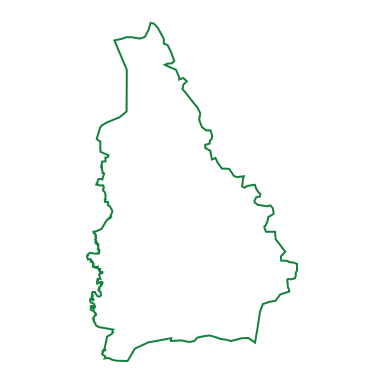 the district of Izzi, Ebonyi, Nigeria
{"feature_id": "59680162B3302114520233", "entity_name": "Izzi", "entity_type": "district", "adm_level": 2, "iso_a3": "NGA", "parent_name": "Nigeria", "parent_adm1": "Ebonyi", "projection": "mercator", "projection_center": [8.192, 6.539], "detail": "fine", "context": "isolated", "style": "outline", "palette": "green", "viewbox_px": 384, "rotation_deg": 0, "n_neighbors": 0, "source": "geoboundaries", "source_scale": "gbopen_adm2", "svg_char_len": 5814}
<svg xmlns="http://www.w3.org/2000/svg" viewBox="0 0 384 384"><path d="M255.0,342.6L257.8,326.5L259.9,312.1L262.8,304.1L269.5,301.8L275.4,300.8L280.3,294.4L289.4,291.5L288.8,289.1L287.9,287.2L287.6,282.9L287.2,280.1L287.8,279.1L291.3,279.3L294.9,278.3L295.8,275.6L295.8,272.7L297.0,270.6L297.0,263.9L294.0,262.7L288.8,262.1L287.6,260.9L281.2,260.6L280.9,256.5L283.2,253.9L285.3,251.8L280.0,244.8L275.6,239.2L275.1,231.8L266.0,231.8L264.2,227.1L266.0,224.8L267.5,221.0L268.3,217.1L273.6,213.9L273.3,210.7L272.7,208.0L270.4,205.4L266.9,206.3L257.8,204.8L254.6,202.4L254.6,200.4L256.4,197.1L259.9,196.6L260.4,193.9L258.1,191.9L256.1,188.6L254.9,184.8L252.0,185.1L247.3,186.0L244.4,187.7L242.0,186.3L242.6,183.0L242.9,179.2L243.8,176.3L237.1,177.1L233.9,176.0L229.5,169.2L226.3,168.6L221.9,168.6L217.5,162.4L215.5,158.0L212.0,159.5L210.2,150.7L205.2,148.0L205.2,144.8L209.6,143.6L209.9,140.7L211.7,138.9L212.3,136.0L210.5,130.4L206.1,130.4L202.0,127.2L199.1,119.8L200.3,113.3L197.4,107.5L192.6,101.7L185.7,92.8L182.5,89.2L183.3,84.8L186.8,81.3L183.3,78.0L179.2,79.5L179.2,77.2L176.0,69.8L171.1,67.8L164.9,64.8L167.8,63.6L172.0,63.3L174.3,61.0L171.1,52.2L167.6,45.1L163.8,43.6L163.8,38.9L157.9,28.0L153.8,23.6L150.6,23.0L148.6,29.8L144.8,36.9L140.1,38.6L131.3,37.2L126.4,37.2L121.4,38.9L114.4,40.4L126.8,69.8L126.6,111.5L119.4,117.3L107.2,122.3L101.7,125.5L100.1,127.7L96.7,138.9L97.9,140.0L100.5,141.8L100.2,143.4L100.4,145.5L100.1,147.2L100.5,150.1L100.4,151.1L100.5,151.8L108.5,155.4L108.1,156.9L106.1,157.7L105.4,157.6L105.5,159.2L105.4,160.8L105.6,161.2L105.1,161.5L102.2,161.5L101.7,164.8L101.7,165.7L101.2,165.8L101.2,167.3L102.0,167.4L101.8,169.8L102.2,170.3L102.7,171.6L102.5,173.0L103.4,173.1L104.1,173.4L102.3,179.5L100.6,179.0L98.4,179.2L97.3,182.3L97.4,183.2L97.2,183.5L96.5,183.8L96.3,184.7L97.8,184.9L98.4,184.8L98.9,185.1L99.6,185.4L100.0,185.3L101.3,185.6L102.7,185.3L103.2,185.4L103.6,186.4L103.8,188.1L103.5,188.4L103.4,188.7L103.1,188.9L103.1,189.6L103.0,189.9L103.2,190.3L103.3,190.8L104.6,191.7L105.0,192.5L105.4,194.6L105.7,195.5L105.4,196.5L105.5,198.7L105.1,199.5L105.5,199.7L105.3,200.4L104.8,200.3L105.0,201.9L108.2,202.1L107.8,205.2L109.5,206.0L110.2,207.0L112.0,210.0L112.3,211.9L110.6,215.8L110.8,216.3L110.7,216.8L111.1,217.1L110.5,217.6L109.3,217.7L109.5,218.5L108.7,218.7L106.9,220.0L103.7,225.2L102.1,228.2L101.6,228.7L99.9,229.7L97.5,230.8L95.0,231.5L93.4,231.8L93.3,232.0L93.8,232.6L94.3,232.4L94.5,232.9L94.2,233.3L94.4,233.8L94.9,233.7L95.4,234.8L95.7,234.8L96.0,235.9L95.9,237.3L95.4,237.2L95.4,237.6L95.6,238.1L95.9,238.1L96.1,238.6L95.6,238.8L95.6,239.4L95.1,239.7L95.3,240.0L95.7,240.2L95.8,240.6L96.2,240.8L95.9,241.4L95.5,241.5L95.5,241.8L95.8,241.7L95.7,242.2L96.0,242.1L96.0,242.3L95.6,242.5L95.7,242.9L96.1,243.1L96.6,242.9L96.7,243.1L96.3,243.3L96.4,243.7L97.2,243.1L97.6,243.8L97.8,243.7L98.4,244.6L98.3,245.0L97.8,245.4L97.9,245.6L98.2,245.5L98.4,247.0L97.8,249.1L99.2,249.6L99.3,250.5L98.9,250.4L98.9,251.0L98.5,251.9L99.2,252.7L99.0,253.5L94.8,253.7L90.4,252.8L89.5,253.0L88.6,254.0L87.7,254.5L87.9,255.3L87.3,255.4L87.0,257.6L88.0,258.6L88.1,259.5L90.5,259.1L91.2,260.1L90.7,261.1L90.8,261.9L90.9,262.0L91.2,261.9L91.6,261.0L91.8,261.0L92.3,261.9L92.8,262.1L93.0,263.0L92.8,263.5L92.9,263.8L93.5,263.8L93.7,264.0L93.3,264.5L92.7,266.5L92.8,266.8L93.0,266.8L93.5,266.3L93.8,266.4L93.9,266.8L94.9,266.6L95.0,266.7L94.9,267.4L95.0,267.7L95.6,267.6L96.0,267.0L96.4,266.8L97.1,266.9L97.5,266.7L97.9,266.8L97.8,267.2L97.4,267.6L96.9,267.6L96.8,267.8L97.0,268.1L98.3,269.0L99.4,269.1L100.1,269.0L100.0,270.2L99.3,270.9L100.0,271.5L100.3,271.6L100.5,272.1L100.9,272.5L102.2,271.8L102.5,272.3L102.3,273.2L102.0,273.3L101.2,273.2L100.2,273.5L99.6,273.5L99.4,274.0L99.4,274.7L99.1,275.0L100.4,278.9L98.0,278.8L97.5,279.0L97.5,279.3L98.1,280.3L97.9,280.6L97.2,280.9L97.0,281.5L97.1,283.2L96.9,283.4L97.1,283.7L97.9,283.7L98.5,282.7L98.7,282.8L101.0,282.0L101.7,281.9L102.2,282.0L102.6,282.6L102.4,282.9L102.0,282.9L101.7,282.7L101.3,282.7L100.7,283.1L100.7,283.4L101.1,283.7L101.7,283.6L102.0,283.8L102.0,284.2L101.1,284.5L100.9,284.9L101.3,285.6L100.7,286.4L99.5,286.6L99.1,287.8L99.2,288.0L99.5,288.3L99.6,288.6L99.2,289.2L98.4,289.4L98.3,289.9L98.4,290.1L98.9,290.5L99.2,291.0L99.4,291.2L100.0,291.2L100.2,291.4L100.8,293.0L101.0,295.1L100.2,296.3L99.2,296.6L98.2,296.4L96.9,295.7L95.9,293.9L95.3,293.4L95.1,292.9L95.1,292.1L94.7,292.0L92.9,292.0L92.3,292.5L92.0,293.0L92.0,293.8L92.4,294.7L92.8,295.2L92.8,295.9L92.5,296.0L91.9,296.0L91.9,296.6L92.2,296.8L92.7,298.4L93.6,299.6L92.9,300.3L92.5,300.2L91.6,298.7L91.2,298.4L90.8,298.5L90.4,298.7L90.0,300.6L90.0,301.0L90.6,302.0L90.8,302.6L92.3,302.9L93.7,303.6L94.4,304.7L94.8,306.1L94.9,307.4L94.2,308.1L93.1,308.2L92.8,307.9L92.8,307.5L93.8,307.4L94.2,307.1L94.2,306.4L93.9,306.2L92.2,305.8L91.3,306.1L90.7,306.5L90.9,308.3L90.7,309.3L91.1,309.9L91.6,310.4L92.7,310.5L93.3,310.2L93.8,310.5L94.1,311.9L94.7,312.5L95.1,313.1L95.6,313.3L95.8,313.7L95.5,314.2L95.7,314.5L96.0,314.6L96.1,314.8L95.6,315.3L95.1,315.1L94.8,316.1L93.9,317.0L93.3,317.8L93.0,318.5L93.5,318.7L94.0,319.3L93.6,320.2L94.1,321.9L95.1,323.0L95.9,325.4L99.0,327.1L113.1,329.6L112.5,330.2L112.4,330.9L113.0,332.2L112.4,332.4L112.4,333.5L106.9,336.8L106.4,340.4L105.9,342.4L104.7,347.9L104.8,349.0L105.3,349.5L105.3,350.1L104.3,350.4L103.5,349.9L103.1,350.3L103.3,350.6L103.1,350.8L103.4,351.3L102.7,351.8L103.0,352.3L102.9,352.7L102.3,353.2L102.1,353.9L102.7,354.9L104.4,355.6L105.1,356.5L105.4,357.1L104.7,358.4L105.4,358.3L108.9,358.0L110.8,359.1L112.1,359.7L114.4,360.3L116.5,360.7L127.6,361.0L134.9,348.6L148.3,342.4L171.2,338.2L170.8,341.0L181.2,340.4L189.3,342.0L194.2,341.1L197.4,337.6L203.9,336.2L209.4,335.4L215.9,337.3L220.5,338.9L226.0,339.7L230.9,341.0L242.0,338.2L248.3,338.0L255.0,342.6Z" fill="none" stroke="#15803d" stroke-width="2"/></svg>